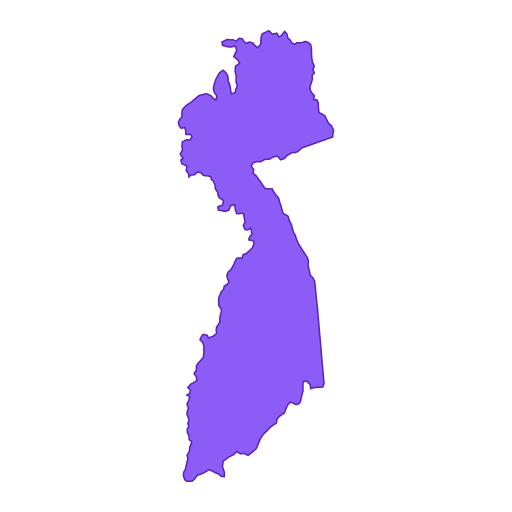 Guarinos, Goiás, Brazil (Natural Earth projection)
{"feature_id": "56859067B11606390380719", "entity_name": "Guarinos", "entity_type": "district", "adm_level": 2, "iso_a3": "BRA", "parent_name": "Brazil", "parent_adm1": "Goiás", "projection": "natural_earth1", "projection_center": [-49.746, -14.703], "detail": "fine", "context": "isolated", "style": "filled", "palette": "violet", "viewbox_px": 512, "rotation_deg": 0, "n_neighbors": 0, "source": "geoboundaries", "source_scale": "gbopen_adm2", "svg_char_len": 4189}
<svg xmlns="http://www.w3.org/2000/svg" viewBox="0 0 512 512"><path d="M218.8,305.6L221.2,309.1L221.3,311.8L220.3,315.3L219.8,318.6L219.7,322.2L218.3,324.6L216.5,327.2L216.2,330.1L216.6,333.4L213.2,336.2L208.3,338.0L207.4,335.4L203.3,334.3L201.5,336.3L200.0,339.7L202.8,342.7L203.9,346.2L203.8,353.0L203.3,357.4L200.8,360.3L198.3,362.9L196.4,365.7L196.4,369.8L194.1,373.6L196.3,376.9L196.9,380.3L194.0,382.5L190.8,384.1L187.8,387.4L190.4,390.2L189.8,393.2L186.9,395.2L189.6,396.2L189.0,399.8L186.9,404.3L188.5,408.0L187.3,411.1L186.9,414.4L189.0,419.5L187.8,423.5L188.7,426.3L187.2,429.4L187.3,432.4L188.8,435.4L189.3,439.9L191.6,441.1L191.0,444.4L189.8,446.9L189.3,451.5L187.0,455.4L187.9,458.6L186.6,463.7L185.4,469.2L183.6,472.5L183.4,475.6L184.7,479.7L186.7,481.3L192.3,481.1L194.7,478.8L197.5,475.2L200.4,474.3L204.9,472.2L208.8,469.8L212.2,471.0L214.9,472.5L219.2,474.4L221.3,476.4L224.3,476.7L224.4,472.5L222.5,466.7L223.1,461.3L228.7,457.1L233.8,454.5L236.8,451.6L240.6,453.9L243.7,453.4L248.1,455.4L251.2,453.0L253.5,451.2L256.1,448.8L257.8,445.1L260.1,439.4L261.7,436.3L264.1,433.5L266.6,431.2L270.1,427.5L273.1,425.1L276.3,423.2L277.2,418.8L280.2,415.7L284.4,413.0L286.1,408.3L288.0,404.4L290.5,402.2L293.3,403.1L295.4,404.5L298.0,404.3L300.5,401.8L301.1,397.9L303.0,391.0L303.0,381.9L306.4,381.0L310.2,384.6L310.6,388.6L314.5,387.6L322.9,387.0L324.0,383.4L317.6,310.0L317.2,305.8L314.6,281.1L312.9,277.8L310.2,275.1L309.7,272.2L309.0,269.2L308.1,265.4L308.4,261.0L307.4,257.7L301.7,248.9L298.6,244.0L296.4,239.1L295.3,235.2L293.4,232.2L292.3,227.8L291.4,224.4L289.6,221.2L288.0,216.1L285.7,214.8L283.2,213.3L282.1,210.3L281.0,205.9L279.8,202.6L278.6,198.0L275.6,194.5L273.3,191.2L272.2,188.8L269.1,188.9L265.3,188.6L263.1,185.7L260.9,182.2L258.2,178.7L256.0,175.6L253.2,173.4L253.7,169.3L251.2,166.5L252.7,163.1L256.8,161.6L260.4,161.8L265.3,159.2L269.5,159.2L272.8,157.2L277.3,156.0L280.6,159.8L284.4,158.5L287.5,155.2L290.1,153.8L292.3,152.5L294.7,152.7L297.8,151.6L301.8,147.9L332.7,137.0L332.9,134.2L333.6,130.4L331.4,125.6L328.5,123.2L326.9,119.9L324.7,115.5L322.2,114.1L318.9,112.6L318.5,108.1L318.2,102.5L316.9,99.8L313.6,99.5L314.4,95.7L312.0,93.1L310.4,90.4L310.0,87.0L311.2,83.0L312.4,79.4L312.1,75.3L314.4,73.0L313.0,69.4L314.3,66.1L312.5,62.2L311.6,56.6L311.5,50.0L310.8,44.8L308.2,42.3L305.2,41.4L301.4,42.8L296.6,42.7L294.6,44.4L291.7,42.7L290.4,40.2L287.9,38.1L286.8,33.7L284.6,31.4L281.2,35.7L278.9,36.9L276.9,33.2L272.3,34.1L268.9,30.7L262.4,33.7L261.3,36.3L260.9,39.7L260.8,44.0L257.7,47.8L254.6,45.2L252.9,43.0L249.4,42.0L246.4,43.2L244.0,41.7L242.2,38.7L239.2,38.3L235.9,41.3L233.2,39.8L229.8,39.8L227.3,39.4L222.0,42.0L222.6,45.4L226.4,46.5L228.8,46.9L231.1,47.0L235.3,46.0L236.7,50.3L233.7,56.6L237.9,60.0L239.5,63.3L235.5,66.1L235.1,71.5L236.2,75.8L236.0,81.7L237.4,85.8L235.8,89.2L235.2,92.5L231.3,94.0L229.9,85.4L228.2,80.9L227.9,76.3L225.7,72.4L223.0,70.2L219.5,72.7L216.0,78.9L214.9,82.1L214.0,85.2L213.4,88.6L214.2,92.2L216.8,95.9L215.9,100.1L213.6,98.7L210.9,95.7L206.6,93.7L202.4,94.6L198.7,95.7L195.0,98.8L191.2,102.2L187.8,104.3L184.9,106.7L182.3,109.8L181.9,113.2L181.9,117.0L179.5,119.5L178.4,122.8L179.2,125.9L181.2,128.3L184.6,127.5L185.7,130.5L185.8,134.4L190.4,134.5L192.0,136.6L189.8,140.1L186.5,139.6L182.3,142.0L181.9,146.1L182.5,149.9L180.2,154.0L183.0,158.5L180.8,160.0L181.8,163.7L184.2,164.7L186.9,166.2L186.1,170.5L188.6,173.8L189.0,177.0L191.0,175.0L194.5,174.8L197.1,172.2L201.0,172.7L202.8,175.0L205.1,175.8L208.0,175.9L210.9,176.7L211.3,179.5L213.3,181.1L214.9,184.4L215.4,188.8L217.8,192.5L218.0,195.4L219.4,198.0L223.5,200.5L222.6,205.2L220.1,205.8L217.8,206.9L218.3,210.1L221.9,210.7L224.9,211.4L228.9,210.3L230.9,205.5L234.6,204.8L235.5,210.5L236.9,213.8L240.5,213.5L243.5,213.4L244.4,219.0L245.0,222.1L243.2,225.5L245.1,229.6L247.7,230.0L250.6,228.0L252.0,233.7L249.4,237.3L248.8,239.9L253.6,240.9L254.0,243.8L252.3,248.0L250.0,250.1L246.4,253.4L243.1,254.5L242.3,257.9L239.2,258.0L236.7,258.3L235.1,261.3L234.1,263.8L231.1,269.5L228.2,271.9L226.8,275.3L227.7,279.3L229.1,281.8L227.2,284.3L224.2,286.1L223.6,289.4L221.2,291.8L218.8,297.6L218.6,300.5L218.8,305.6Z" fill="#8b5cf6" stroke="#5b21b6" stroke-width="1.5"/></svg>